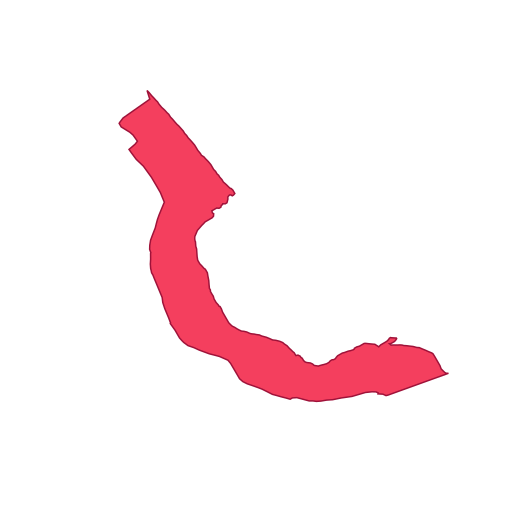 the district of Fayid, Al Isma`iliyah, Egypt, rotated 330°
{"feature_id": "37247803B37861588601733", "entity_name": "Fayid", "entity_type": "district", "adm_level": 2, "iso_a3": "EGY", "parent_name": "Egypt", "parent_adm1": "Al Isma`iliyah", "projection": "albers", "projection_center": [32.345, 30.367], "detail": "fine", "context": "isolated", "style": "filled", "palette": "rose", "viewbox_px": 512, "rotation_deg": 330, "n_neighbors": 0, "source": "geoboundaries", "source_scale": "gbopen_adm2", "svg_char_len": 4154}
<svg xmlns="http://www.w3.org/2000/svg" viewBox="0 0 512 512"><g transform="rotate(330 256 256)"><path d="M364.0,453.8L361.9,452.5L361.2,451.1L360.6,449.0L359.9,446.3L360.5,442.9L360.5,438.8L360.5,435.4L360.5,432.7L360.4,429.2L359.8,427.9L357.7,425.2L355.7,422.4L353.6,419.7L351.6,417.0L349.5,415.6L346.8,412.9L344.1,410.9L341.3,408.8L339.3,407.5L337.9,406.1L335.9,404.8L334.5,404.1L333.2,403.4L331.1,402.1L329.8,401.4L328.4,400.7L327.7,398.7L329.1,399.3L331.1,399.3L333.2,399.3L335.2,398.6L336.5,397.9L336.5,397.2L334.5,395.9L332.4,394.5L331.8,393.9L330.4,393.9L329.1,394.6L327.0,395.2L325.0,395.3L323.0,395.3L320.9,395.3L319.6,395.3L316.9,396.0L316.2,394.6L314.8,391.9L312.8,390.5L310.0,388.5L307.3,386.5L306.0,385.8L304.6,385.8L301.2,385.8L300.5,385.8L297.8,385.1L296.5,385.1L295.1,385.1L294.4,385.8L293.1,385.8L290.4,385.2L288.3,384.5L284.3,383.8L282.2,383.2L280.9,383.2L278.8,383.2L276.8,383.2L274.8,383.9L273.4,384.6L271.4,384.6L270.0,383.9L268.0,383.9L266.0,384.6L263.3,384.6L260.5,383.9L258.5,383.3L255.8,382.6L255.1,382.6L251.7,379.9L251.0,377.8L249.6,375.8L246.9,373.8L246.2,373.1L245.6,372.4L244.9,370.3L244.9,367.6L244.2,366.3L244.2,364.9L242.8,362.8L240.8,362.2L240.7,360.1L240.7,359.5L240.7,358.8L240.1,357.4L239.4,354.7L238.7,352.6L238.0,349.2L236.6,346.5L235.9,344.4L233.9,341.7L231.1,339.0L228.4,337.0L226.4,334.2L224.3,331.5L222.3,329.5L220.9,328.1L219.5,326.1L216.8,324.0L215.4,322.7L213.4,321.3L212.0,320.0L210.0,317.2L207.9,315.2L205.9,313.8L204.5,311.8L203.2,309.7L201.8,307.0L200.4,305.0L199.7,302.9L199.0,300.2L199.0,296.8L199.0,296.0L199.0,294.1L199.0,291.3L199.0,287.9L199.6,284.5L199.6,281.8L198.9,281.1L198.9,279.7L198.2,276.3L198.2,272.2L198.9,269.5L198.8,267.4L198.8,265.4L198.8,264.0L199.5,262.6L199.5,260.6L200.2,259.2L200.8,257.8L202.8,253.7L203.5,251.7L204.2,249.6L205.5,246.2L205.5,244.8L205.5,242.1L204.8,240.8L204.1,237.3L203.4,234.6L203.4,230.5L204.7,227.1L206.7,223.0L208.1,220.2L208.7,217.5L210.7,213.4L210.7,212.7L211.4,210.7L212.7,208.6L218.1,204.5L220.2,203.8L224.2,202.4L226.9,201.7L229.0,201.0L232.3,201.0L233.7,201.0L237.1,201.0L239.1,200.3L240.5,198.2L239.8,196.9L240.4,194.8L241.8,194.8L243.2,194.8L245.9,194.8L247.9,196.2L249.9,196.2L251.3,194.8L252.6,194.8L253.3,194.1L255.4,195.4L257.4,195.4L258.1,194.8L259.4,193.4L260.1,192.7L260.8,191.3L261.4,190.6L263.5,189.9L264.8,190.6L265.5,192.0L266.9,192.0L268.9,191.3L268.9,190.6L268.9,187.2L268.2,185.1L267.5,184.5L266.8,182.4L266.1,179.7L265.4,177.6L264.7,175.6L264.7,172.9L264.0,169.5L264.0,167.4L263.3,165.4L263.3,162.6L262.6,159.9L262.6,157.2L262.6,154.4L261.9,150.3L261.2,147.6L260.9,146.5L260.5,144.2L259.1,141.5L259.1,139.4L258.4,135.3L258.4,132.6L258.3,129.2L257.7,125.8L257.0,122.4L256.3,119.6L256.2,116.9L255.5,114.2L255.5,111.4L254.8,108.0L254.1,104.6L253.4,102.6L252.7,99.1L252.1,95.7L251.4,93.0L251.3,89.6L250.6,87.5L250.4,86.5L249.9,84.1L248.6,80.0L247.9,75.9L247.8,73.2L247.2,71.2L246.5,67.8L245.8,65.0L245.1,60.9L244.4,58.2L242.4,67.1L209.9,70.0L205.1,72.0L203.8,72.7L203.8,76.8L206.7,82.2L208.6,85.7L210.0,89.8L210.7,97.3L207.3,98.7L199.3,100.2L199.7,104.6L199.9,106.2L200.6,112.4L203.4,121.9L204.1,128.7L204.8,135.5L204.9,147.1L204.9,153.3L203.6,162.9L203.6,163.5L192.8,171.8L188.8,175.2L186.1,177.9L182.7,181.4L176.7,186.2L172.6,189.6L169.3,193.7L167.2,197.1L166.6,200.5L165.9,201.2L163.2,206.0L161.3,208.9L160.5,210.1L158.5,214.2L157.9,216.3L157.2,218.3L157.2,221.0L156.6,225.1L155.9,230.6L154.0,245.0L152.0,249.7L150.7,255.9L150.0,261.4L149.4,266.1L148.7,270.2L148.7,270.9L148.0,271.6L148.8,279.8L148.8,284.6L148.8,288.7L149.5,292.1L150.2,294.8L151.1,296.8L152.3,299.6L156.4,304.3L159.8,309.1L166.6,317.3L170.7,321.3L174.1,324.7L179.6,332.2L180.3,336.3L180.4,349.3L180.4,354.1L181.8,358.2L184.5,362.3L188.0,366.3L192.1,371.1L194.8,374.5L197.5,378.6L198.1,379.5L201.0,384.0L204.4,387.4L207.1,390.2L211.2,394.2L213.2,396.3L214.0,397.1L216.6,397.1L220.6,399.1L229.5,408.0L232.9,410.0L235.6,412.1L239.7,414.1L245.1,416.1L250.6,418.8L258.7,421.5L268.9,425.6L282.5,428.9L288.6,431.6L292.0,433.7L293.4,435.7L292.7,436.4L296.8,439.1L298.8,441.9L300.9,442.5L304.3,443.1L364.0,453.8Z" fill="#f43f5e" stroke="#9f1239" stroke-width="1.5"/></g></svg>